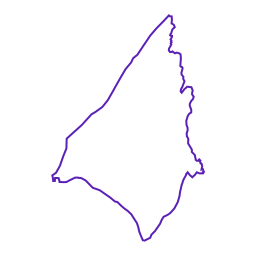 Zorzor, Lofa, Liberia (Equal Earth projection)
{"feature_id": "62588387B39118473724395", "entity_name": "Zorzor", "entity_type": "district", "adm_level": 2, "iso_a3": "LBR", "parent_name": "Liberia", "parent_adm1": "Lofa", "projection": "equal_earth", "projection_center": [-9.601, 7.921], "detail": "fine", "context": "isolated", "style": "outline", "palette": "violet", "viewbox_px": 256, "rotation_deg": 0, "n_neighbors": 0, "source": "geoboundaries", "source_scale": "gbopen_adm2", "svg_char_len": 3144}
<svg xmlns="http://www.w3.org/2000/svg" viewBox="0 0 256 256"><path d="M142.8,240.2L144.6,240.6L147.5,239.1L150.2,237.8L151.4,234.7L152.7,233.4L154.9,231.2L158.4,226.2L160.0,223.9L160.8,222.0L161.6,220.1L163.0,217.7L163.5,217.0L163.6,216.8L167.6,214.9L170.3,213.0L170.5,212.8L171.8,211.3L173.2,209.8L174.1,208.7L174.4,208.4L177.7,202.2L178.8,198.5L179.6,195.7L179.7,194.6L180.0,192.2L180.9,188.3L181.0,187.8L181.7,184.8L181.9,184.2L182.1,183.9L182.5,182.7L183.0,180.9L183.6,179.5L184.3,178.1L185.0,177.0L185.9,175.3L186.2,174.5L186.2,174.2L186.3,174.2L187.0,173.1L187.7,172.3L189.6,174.8L192.3,177.3L193.4,176.2L195.0,174.8L196.8,172.3L197.9,172.8L199.7,173.4L202.9,173.4L203.4,172.9L203.7,172.3L202.9,172.2L203.5,171.1L202.8,169.1L201.5,169.5L202.2,166.3L201.7,164.0L200.6,163.5L200.7,162.7L199.5,161.3L200.3,160.5L199.2,159.4L198.3,160.5L197.0,160.9L195.6,159.7L195.6,158.4L195.1,157.1L195.1,155.7L194.6,154.7L194.4,154.6L193.1,153.2L191.8,151.9L191.9,149.7L188.1,143.4L188.3,138.8L186.9,136.3L187.0,136.2L186.7,134.6L186.7,133.4L186.7,133.1L186.8,132.9L186.8,132.7L187.6,130.7L187.6,127.8L186.6,125.2L186.5,124.8L186.3,120.7L187.8,115.9L188.5,114.8L189.5,113.5L191.2,112.5L191.3,109.9L189.7,105.5L189.9,103.5L191.5,100.6L192.9,99.2L193.2,98.3L193.7,96.8L192.4,94.8L192.1,94.4L192.1,92.9L192.7,90.5L191.4,87.2L187.1,86.7L185.7,88.1L184.5,89.0L181.7,92.7L181.3,92.2L181.1,92.0L180.9,91.8L180.7,91.6L180.9,89.7L180.9,89.3L182.2,87.2L184.5,81.2L183.2,78.9L183.2,78.7L183.4,76.9L181.6,74.5L181.4,72.8L182.2,69.9L182.6,68.1L182.1,67.1L180.8,66.6L180.3,66.0L180.6,62.1L180.6,61.9L180.9,58.1L180.6,55.0L180.5,54.3L179.6,53.5L176.7,52.6L175.0,53.3L172.4,51.4L171.7,51.9L170.1,52.1L168.8,50.4L169.0,48.6L170.6,45.8L170.7,45.7L171.3,44.3L170.7,43.7L171.6,42.2L170.9,41.7L171.4,40.6L170.5,39.4L171.3,38.3L172.0,36.8L172.0,35.9L170.9,35.9L170.1,35.2L170.5,34.1L171.2,33.3L171.8,31.2L172.4,29.4L174.8,27.1L173.7,24.7L171.6,23.4L171.9,19.5L171.7,16.4L169.9,16.3L168.9,15.4L163.2,21.5L156.5,28.3L156.3,28.5L152.9,32.5L150.3,35.5L148.0,38.9L147.7,39.4L144.9,43.5L137.3,54.9L135.6,56.2L133.7,57.8L133.1,58.3L131.1,62.5L129.1,64.9L127.9,66.3L125.3,69.5L124.9,70.3L122.8,73.8L120.7,77.4L117.4,83.2L114.0,89.2L113.9,89.5L107.8,100.2L103.4,105.7L102.6,106.6L102.2,107.1L95.7,111.8L95.4,112.0L91.5,114.3L87.7,118.5L81.9,124.9L66.7,138.6L66.4,148.5L63.3,156.1L59.9,165.9L56.0,172.8L52.3,175.4L53.0,178.4L52.9,178.6L53.2,180.3L53.2,181.0L54.8,181.0L55.0,179.6L55.1,178.0L55.9,178.0L56.3,178.0L58.6,178.1L59.0,179.9L59.3,180.0L59.5,181.4L59.6,181.6L59.6,182.0L62.7,182.1L65.2,182.1L66.1,182.0L66.5,182.0L67.5,181.4L67.8,181.3L69.2,180.5L72.7,178.8L74.3,178.0L74.5,177.9L75.1,177.6L75.7,177.6L78.4,177.6L78.5,177.7L78.6,177.9L81.0,178.0L82.1,178.6L82.4,178.7L85.7,180.5L91.9,186.9L92.6,187.5L92.8,187.8L98.9,189.9L99.7,190.2L102.5,192.2L110.3,197.6L112.7,199.6L112.9,199.8L114.9,201.5L115.5,201.6L117.4,202.0L119.5,204.1L119.9,204.4L120.3,204.9L121.0,205.6L124.5,208.6L127.6,210.8L131.4,214.4L133.0,217.0L134.9,220.0L136.3,222.1L136.9,223.1L138.3,227.2L138.8,229.6L139.4,232.1L141.7,237.7L142.6,239.7L142.8,240.2Z" fill="none" stroke="#5b21b6" stroke-width="2"/></svg>